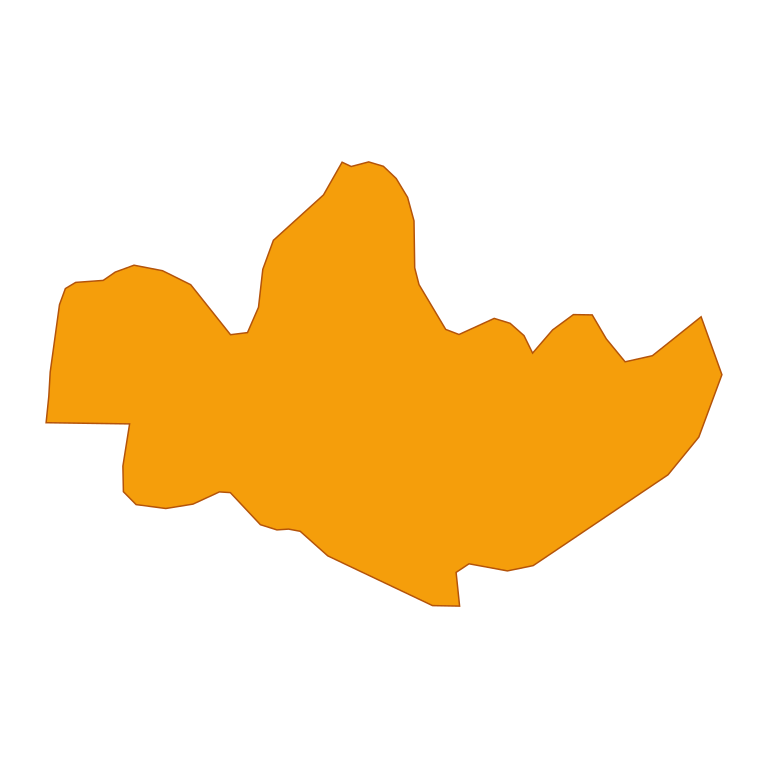 map outline of Monza e Brianza (Mercator projection)
{"feature_id": "ITA-5454", "entity_name": "Monza e Brianza", "entity_type": "Province", "adm_level": 1, "iso_a3": "ITA", "parent_name": "Italy", "parent_adm1": "", "projection": "mercator", "projection_center": [9.251, 45.641], "detail": "fine", "context": "isolated", "style": "filled", "palette": "amber", "viewbox_px": 768, "rotation_deg": 0, "n_neighbors": 0, "source": "natural_earth", "source_scale": "10m", "svg_char_len": 881}
<svg xmlns="http://www.w3.org/2000/svg" viewBox="0 0 768 768"><path d="M701.1,316.8L721.9,374.7L698.8,437.1L668.0,474.8L533.2,565.6L507.4,570.9L469.0,563.8L456.1,572.4L459.6,606.1L432.5,605.6L327.8,555.9L300.2,531.3L288.6,529.1L276.9,529.9L260.4,524.7L230.3,492.6L219.4,491.9L193.0,504.1L165.8,508.5L136.1,504.6L123.4,491.7L122.9,466.1L129.6,423.9L46.1,422.7L48.8,396.4L50.2,372.1L54.7,339.5L59.5,304.6L65.4,288.5L75.7,282.4L103.2,280.4L115.2,272.1L134.0,265.2L162.5,270.7L190.7,284.7L230.5,334.7L247.5,332.6L258.5,307.3L262.8,269.3L273.4,240.3L323.5,194.9L342.1,162.2L351.2,166.5L368.7,161.9L383.4,166.3L396.2,178.5L407.6,197.4L414.0,220.9L414.7,267.8L419.0,284.6L445.7,329.4L459.0,334.5L494.2,318.4L510.1,323.3L524.0,335.6L532.6,353.1L552.6,329.9L573.4,314.6L592.2,314.9L606.3,338.9L625.1,361.8L652.4,355.7L701.1,316.8Z" fill="#f59e0b" stroke="#b45309" stroke-width="1.5"/></svg>